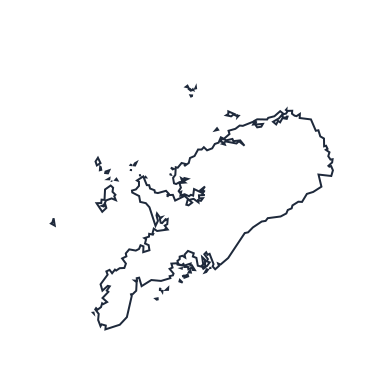 Thames-Coromandel District, Waikato, New Zealand (orthographic projection), rotated 251°
{"feature_id": "76426892B50034078290765", "entity_name": "Thames-Coromandel District", "entity_type": "district", "adm_level": 2, "iso_a3": "NZL", "parent_name": "New Zealand", "parent_adm1": "Waikato", "projection": "orthographic", "projection_center": [175.656, -36.86], "detail": "fine", "context": "isolated", "style": "outline", "palette": "slate", "viewbox_px": 384, "rotation_deg": 251, "n_neighbors": 0, "source": "geoboundaries", "source_scale": "gbopen_adm2", "svg_char_len": 6160}
<svg xmlns="http://www.w3.org/2000/svg" viewBox="0 0 384 384"><g transform="rotate(251 192 192)"><path d="M236.2,313.2L237.5,309.0L235.5,306.4L235.9,303.0L233.0,302.0L231.8,304.7L232.5,306.3L232.2,306.9L230.3,305.4L232.4,301.6L229.2,298.0L231.2,296.6L228.5,293.6L232.0,291.5L233.3,298.1L236.5,303.7L239.7,301.7L236.8,294.6L237.3,288.2L236.1,286.6L239.5,277.3L239.0,274.4L237.2,275.4L235.9,274.1L234.8,275.2L233.3,281.2L231.2,278.8L231.9,274.7L235.6,273.6L235.9,271.8L238.6,274.5L238.0,261.6L239.3,258.7L237.6,253.6L238.0,246.5L234.6,246.3L231.7,239.0L229.7,241.4L229.0,247.5L226.6,247.7L225.1,254.4L218.7,256.7L224.7,252.9L223.4,249.8L228.9,240.2L228.1,238.1L230.7,235.4L232.8,238.6L234.3,237.1L230.0,233.2L230.0,229.2L226.7,225.3L226.5,219.8L230.5,217.8L229.0,214.9L230.2,211.6L225.2,206.1L224.8,201.2L220.5,198.4L219.0,193.2L220.6,195.0L222.8,191.6L219.6,186.4L220.7,184.7L213.6,181.8L211.5,178.7L206.1,177.8L204.7,179.6L205.4,183.4L204.7,186.2L208.6,186.3L206.4,188.1L207.7,189.3L205.7,192.4L205.1,187.2L203.2,188.5L204.6,183.0L199.7,182.9L197.2,179.7L195.5,180.2L195.7,181.8L192.4,179.9L192.3,184.3L189.0,187.8L189.7,190.0L188.2,191.9L194.1,194.9L188.9,200.2L190.9,200.3L193.0,206.0L189.9,202.0L188.4,204.6L189.6,201.8L189.6,201.3L189.3,201.1L188.3,203.0L186.3,200.8L184.9,203.1L186.6,197.5L183.7,196.7L182.6,200.3L180.7,197.6L182.2,195.1L180.1,194.7L185.0,191.3L185.5,186.6L181.9,188.7L180.5,184.4L181.8,182.5L186.8,185.9L190.7,183.7L189.4,173.3L195.5,173.0L196.9,168.0L196.2,168.1L195.5,167.1L197.4,168.1L198.0,169.4L201.6,167.8L202.1,159.4L203.6,156.8L205.9,157.1L208.9,153.5L212.4,153.7L213.2,151.5L222.6,151.0L220.8,143.7L219.0,145.2L215.1,143.9L212.7,139.8L212.9,135.7L211.0,135.3L205.4,140.7L199.5,139.8L196.5,144.7L191.4,146.8L171.9,146.5L175.8,150.4L181.4,150.8L183.1,151.9L178.2,153.4L178.1,155.2L176.9,152.8L173.1,152.4L172.3,153.6L175.3,158.9L174.0,158.0L174.3,160.2L169.6,158.1L169.1,155.3L164.4,156.8L166.5,146.3L169.8,143.9L165.0,140.7L164.8,141.5L164.4,141.1L166.4,137.9L163.8,136.8L163.9,132.0L162.3,133.2L158.6,130.8L155.9,133.7L150.8,132.8L151.0,126.3L156.4,128.4L158.4,126.0L155.4,123.4L154.9,119.8L158.2,114.0L155.5,109.4L152.5,109.0L151.9,104.3L145.8,106.2L142.2,103.3L143.5,98.8L142.4,94.7L143.7,93.9L141.2,90.0L145.2,88.7L144.8,85.2L141.3,85.3L134.5,75.5L127.9,75.2L130.7,81.8L129.6,83.5L126.5,79.3L124.8,80.4L120.9,72.9L115.6,75.9L114.9,71.5L116.0,70.8L112.8,68.5L111.5,64.4L113.4,63.5L112.5,62.3L107.1,64.1L101.6,61.6L94.9,61.8L96.3,63.4L93.8,67.0L90.3,65.4L90.0,80.5L94.9,89.7L113.2,101.1L116.1,101.0L114.1,101.3L116.8,107.1L124.7,110.3L126.9,108.9L126.0,111.1L128.5,111.7L128.2,114.1L119.4,113.7L122.0,124.9L118.0,133.8L117.6,143.5L119.7,143.5L119.4,146.8L120.9,148.0L126.6,145.8L126.9,149.0L131.0,149.2L129.5,154.6L128.1,154.6L124.7,160.7L126.8,160.5L126.2,158.1L128.4,155.6L131.6,155.8L132.5,158.5L134.9,159.3L134.8,162.2L132.3,164.2L135.2,164.6L137.6,169.0L133.5,173.7L130.7,171.8L128.3,174.7L120.4,173.5L117.9,177.3L115.7,177.7L116.2,179.6L119.2,177.3L119.8,179.0L127.1,180.4L123.7,182.2L117.4,180.2L117.1,182.0L119.7,185.8L121.7,183.2L123.4,185.2L129.2,183.4L130.4,185.8L127.6,186.2L127.8,188.5L116.8,188.9L114.9,187.3L111.4,188.8L113.3,193.4L115.9,193.4L114.1,195.3L117.8,204.7L136.0,228.5L135.6,231.9L138.7,238.1L141.4,248.3L140.7,252.2L142.6,255.1L140.0,267.8L141.0,274.2L143.8,276.7L144.1,280.9L146.6,282.6L148.2,289.4L146.8,292.8L152.8,300.0L152.6,306.6L154.9,316.1L167.3,317.3L161.8,328.9L166.6,332.3L171.1,332.0L171.2,330.1L172.3,329.5L174.3,334.1L177.2,335.6L177.6,333.5L181.5,332.5L184.8,334.9L188.3,332.3L188.7,334.2L192.1,333.8L192.2,331.8L199.6,334.2L202.8,331.4L209.2,331.6L209.6,329.0L221.9,328.1L226.9,317.9L230.7,319.4L229.7,315.5L230.8,313.8L233.5,312.0L236.2,313.2ZM226.1,238.5L227.6,236.4L228.0,238.4L226.1,238.5ZM212.5,98.1L202.5,100.7L204.8,105.8L208.5,106.0L207.0,103.9L208.3,102.1L208.5,104.6L212.0,108.0L212.1,113.9L209.1,117.3L213.3,117.1L214.3,118.7L218.1,116.9L221.7,118.8L224.6,117.2L222.7,110.6L213.0,106.7L214.2,104.0L211.1,102.6L212.5,98.1ZM123.5,160.6L122.5,163.8L120.2,163.4L120.6,167.4L118.0,167.4L117.2,169.3L122.8,168.0L123.0,166.5L124.8,167.4L124.9,161.8L123.5,160.6ZM253.4,249.3L250.8,253.6L252.0,257.4L256.4,252.6L254.0,251.8L253.4,249.3ZM252.2,110.7L248.1,110.7L249.1,114.9L255.0,114.2L252.2,110.7ZM208.1,48.4L204.9,51.3L212.2,52.6L208.7,50.1L208.1,48.4ZM238.2,116.1L237.0,118.6L239.5,120.9L239.5,116.9L238.2,116.1ZM113.4,156.9L113.5,160.9L115.4,161.0L114.8,157.0L113.4,156.9ZM111.5,151.0L109.4,153.6L112.8,151.9L111.5,151.0ZM244.1,236.4L242.6,233.9L242.3,236.9L244.1,236.4ZM118.2,164.9L117.9,163.6L117.1,162.7L116.2,164.7L118.2,164.9ZM111.7,177.9L111.7,179.4L113.4,181.8L114.1,180.8L111.7,177.9ZM294.0,222.3L293.4,220.4L292.0,222.6L294.0,222.3ZM242.6,112.0L242.5,113.4L245.2,113.8L245.8,113.4L242.6,112.0ZM107.9,135.5L107.3,137.5L109.2,138.3L107.9,135.5ZM236.2,145.6L235.6,146.8L238.1,149.2L237.7,147.3L236.2,145.6ZM290.1,229.9L288.8,228.7L288.7,229.6L290.1,229.9ZM291.2,222.0L288.2,223.8L288.2,224.8L290.2,223.6L291.2,222.0ZM221.9,180.0L219.7,181.1L219.8,182.2L221.9,180.0ZM111.0,130.2L108.9,129.4L111.5,131.0L111.0,130.2ZM103.0,122.8L101.7,123.6L101.6,124.6L102.7,124.9L103.0,122.8ZM229.1,124.8L228.3,123.4L227.3,125.2L229.1,124.8ZM283.9,222.0L282.6,222.2L282.7,223.2L283.3,223.5L283.9,222.0ZM231.9,118.4L231.5,116.4L230.9,117.9L231.9,118.4ZM115.5,155.3L115.0,156.5L115.6,156.7L115.5,155.3ZM249.3,260.1L248.1,259.4L248.9,260.9L249.3,260.1ZM108.5,131.1L107.1,131.4L108.1,131.9L108.5,131.1ZM250.0,259.3L250.4,257.9L249.4,258.9L250.0,259.3ZM239.4,308.2L239.0,307.5L238.5,307.8L239.4,308.2ZM115.1,185.0L114.2,184.4L114.1,184.7L115.1,185.0ZM221.1,152.5L220.8,153.2L221.4,153.0L221.1,152.5ZM236.8,144.0L237.7,143.0L237.5,142.7L236.8,144.0ZM110.1,59.1L109.2,59.5L110.0,59.6L110.1,59.1ZM224.9,148.3L225.0,147.4L224.6,148.3L224.9,148.3ZM216.6,177.4L215.5,177.3L215.3,177.6L216.6,177.4ZM233.5,141.8L232.7,141.3L232.6,141.5L233.5,141.8ZM123.3,157.6L123.4,156.8L122.9,157.4L123.3,157.6ZM288.8,226.2L288.5,225.7L288.0,226.3L288.8,226.2ZM227.9,119.5L228.5,119.5L228.8,119.3L227.9,119.5ZM166.1,156.1L165.9,155.5L165.4,156.3L166.1,156.1Z" fill="none" stroke="#1e293b" stroke-width="2"/></g></svg>